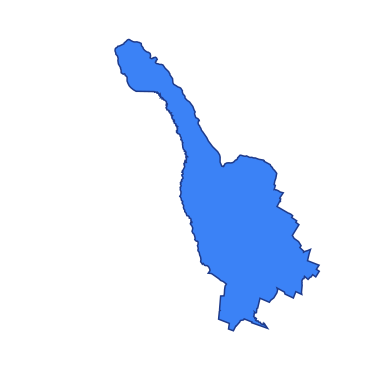 Paunesti, Vrancea, Romania (Robinson projection), rotated 39°
{"feature_id": "2599482B39426936483061", "entity_name": "Paunesti", "entity_type": "district", "adm_level": 2, "iso_a3": "ROU", "parent_name": "Romania", "parent_adm1": "Vrancea", "projection": "robinson", "projection_center": [27.063, 46.027], "detail": "fine", "context": "isolated", "style": "filled", "palette": "blue", "viewbox_px": 384, "rotation_deg": 39, "n_neighbors": 0, "source": "geoboundaries", "source_scale": "gbopen_adm2", "svg_char_len": 6097}
<svg xmlns="http://www.w3.org/2000/svg" viewBox="0 0 384 384"><g transform="rotate(39 192 192)"><path d="M340.8,173.5L337.3,173.8L336.8,168.9L325.0,172.7L321.9,166.3L320.2,162.0L318.9,164.5L317.2,167.0L316.6,168.6L315.9,167.7L310.8,167.3L310.6,165.1L306.0,163.5L300.6,163.8L297.3,162.6L295.7,150.1L291.7,150.2L291.5,148.5L285.5,149.1L285.2,147.1L283.2,147.0L281.1,147.4L280.1,147.8L267.2,149.8L266.1,144.5L266.5,144.3L266.5,143.4L265.9,143.4L265.3,141.6L264.2,141.8L264.0,141.3L263.4,135.2L260.6,136.5L258.3,136.7L256.2,137.3L255.8,137.7L254.7,137.9L254.3,138.4L252.6,134.4L251.2,134.6L249.5,131.5L248.5,128.6L246.1,124.2L242.8,123.3L239.9,123.0L239.1,122.4L236.9,122.2L235.5,121.5L228.7,122.8L228.4,122.2L227.5,122.2L223.4,124.5L219.8,125.7L218.4,126.8L216.6,127.4L216.1,128.0L214.8,128.9L211.7,129.6L210.9,130.7L209.8,131.4L206.7,132.7L206.1,133.4L206.1,135.5L205.9,136.5L206.4,137.6L206.4,138.8L205.7,139.9L205.6,142.1L205.1,143.6L203.8,145.1L202.4,146.0L200.8,147.5L199.9,149.4L200.3,151.3L200.0,152.0L200.5,152.3L200.4,152.5L198.9,153.2L195.0,151.1L191.9,147.2L190.1,145.8L186.5,144.5L179.4,143.8L173.9,142.4L172.6,142.1L169.3,140.5L162.2,138.4L160.6,138.1L158.7,136.9L157.1,136.4L156.0,135.7L154.7,135.6L153.3,134.6L152.3,132.6L152.8,132.0L152.5,131.7L150.4,131.3L148.1,131.8L145.2,130.0L144.3,129.0L144.1,127.8L142.3,127.1L138.8,125.0L133.5,123.6L130.4,123.8L127.5,123.4L126.3,122.1L125.1,121.7L123.8,121.7L121.5,120.4L120.9,119.4L118.0,118.4L116.9,118.5L114.6,119.3L113.5,119.3L110.0,119.8L108.4,119.1L105.5,116.1L101.3,114.9L100.1,113.9L99.0,113.7L98.2,113.2L93.2,112.7L89.5,111.6L87.9,112.1L86.4,113.3L85.2,113.6L83.8,114.4L82.7,114.5L82.1,114.4L81.8,114.0L81.8,112.6L81.4,112.4L81.6,110.9L80.2,110.2L78.9,110.2L77.3,112.1L77.5,112.8L76.5,113.9L75.0,114.1L74.3,112.5L73.7,111.8L72.2,110.7L70.0,110.9L69.8,111.2L68.3,111.6L66.1,111.7L63.9,111.3L63.1,110.6L60.7,110.1L59.0,108.5L56.5,109.1L56.1,109.5L54.8,109.9L53.0,111.5L51.7,112.2L49.2,112.8L47.5,112.9L46.6,113.5L46.1,114.6L46.0,116.4L45.6,118.2L45.5,118.9L45.8,119.8L43.7,124.2L42.6,125.5L42.8,126.5L42.2,128.1L42.3,129.2L43.4,130.8L45.2,131.9L46.2,132.9L48.4,133.2L50.5,134.6L51.7,136.5L54.2,138.8L58.3,140.4L58.7,141.0L60.1,141.8L61.9,143.9L64.4,143.7L65.1,142.7L65.6,142.6L66.9,143.5L68.0,143.3L69.4,143.7L71.7,146.6L73.9,147.9L76.4,149.0L78.8,149.4L82.2,149.4L85.2,148.9L99.5,137.7L100.1,138.0L100.5,137.3L101.5,137.0L102.0,136.4L102.6,137.2L103.3,136.8L103.3,136.4L105.2,136.6L105.1,137.4L105.4,137.5L106.0,137.1L105.8,136.1L106.8,136.9L106.9,137.8L108.0,137.6L108.2,138.5L108.6,138.0L109.7,138.1L109.9,137.4L110.2,137.6L110.4,138.4L111.3,137.7L112.0,138.2L112.4,137.9L113.7,137.8L115.2,137.9L116.4,139.2L117.0,138.9L117.6,139.2L117.6,140.0L117.1,139.9L117.0,140.5L117.5,141.0L118.1,140.6L118.8,141.7L118.7,142.6L118.8,142.9L120.4,143.4L120.7,143.9L121.4,143.5L123.5,143.3L124.0,143.7L123.8,144.1L124.6,144.1L125.2,144.5L126.1,143.7L126.2,144.6L127.7,145.2L128.4,144.9L128.1,145.7L129.4,146.0L129.4,146.7L130.4,147.4L132.0,147.5L132.1,147.8L132.7,148.1L132.6,147.4L133.0,147.3L133.8,148.0L133.4,148.7L134.2,148.9L134.8,149.6L136.5,149.3L136.6,149.6L137.2,149.8L137.4,150.3L138.0,150.2L138.4,150.7L139.3,150.1L139.8,150.1L139.9,150.5L139.4,151.0L140.8,152.2L141.1,152.1L141.4,153.2L142.1,153.6L141.6,154.1L142.0,154.3L142.1,155.1L142.8,155.3L143.5,155.1L143.9,155.6L145.8,155.0L147.0,155.2L147.4,155.9L149.6,156.7L150.4,158.4L151.7,158.1L153.0,159.4L154.0,159.5L154.0,160.2L154.8,161.2L155.8,162.0L156.6,163.0L157.5,163.4L157.9,164.0L159.4,164.2L159.9,164.5L160.4,165.2L160.9,165.1L161.1,164.5L161.7,164.6L162.8,165.4L162.4,166.4L162.7,166.8L164.0,166.8L164.9,168.1L165.9,167.3L166.4,167.4L165.6,168.5L165.7,169.2L166.7,169.5L167.5,170.6L167.4,171.0L167.8,171.5L166.8,171.7L167.0,172.5L168.4,172.3L169.0,172.6L168.5,173.1L167.6,173.2L167.9,174.0L167.8,174.9L168.7,175.2L168.7,175.9L169.9,176.4L170.5,177.2L171.3,180.8L171.1,181.3L172.0,181.9L172.0,182.2L171.6,182.5L171.7,182.9L172.1,182.7L173.4,183.2L173.7,183.6L173.7,184.2L173.3,185.2L174.4,185.9L175.4,186.1L176.4,187.0L176.2,189.0L176.5,189.6L177.3,189.9L177.2,191.1L177.0,191.4L177.2,192.2L178.0,192.4L178.1,193.2L179.6,193.9L180.0,195.1L179.8,195.8L180.8,196.5L181.0,197.1L181.8,197.9L183.1,198.5L184.3,200.0L185.3,202.1L185.1,202.9L185.2,203.1L185.7,203.0L187.6,203.8L188.7,204.9L189.4,205.2L190.6,205.1L191.1,205.8L191.2,206.8L193.8,207.7L194.3,208.1L195.1,209.5L196.6,210.4L197.7,210.6L198.7,211.8L201.0,212.2L201.3,212.6L202.9,213.6L204.2,212.9L205.4,213.0L206.3,214.0L207.5,213.4L208.7,214.1L209.3,215.1L210.7,215.3L211.2,215.9L211.0,216.2L210.2,216.3L210.7,217.8L213.4,218.5L215.2,219.5L216.2,221.1L216.7,222.5L218.5,223.4L220.0,223.5L221.8,224.6L223.6,226.0L224.1,227.3L226.3,227.5L227.2,226.8L228.2,227.1L229.6,228.7L230.0,230.3L231.1,230.9L232.7,232.3L232.8,232.9L233.6,233.9L235.6,234.4L237.7,236.2L239.5,237.1L241.5,238.9L242.6,240.8L243.8,241.0L245.5,241.6L245.7,240.5L247.8,241.0L248.6,240.8L249.9,239.8L250.7,239.6L252.4,239.8L254.4,240.8L255.5,241.9L255.7,244.9L258.3,243.2L259.8,243.0L267.3,242.5L270.0,242.7L272.6,241.9L276.7,241.9L276.9,244.2L278.7,247.3L281.1,250.6L282.2,252.6L279.7,254.8L287.4,266.0L287.8,266.3L288.4,266.3L288.2,267.3L292.7,274.1L303.7,270.6L306.6,275.5L311.5,273.8L310.4,268.6L310.7,268.5L310.9,263.0L310.5,261.4L312.6,258.9L312.4,257.8L320.4,255.3L320.7,256.0L336.5,250.4L333.5,249.5L332.7,249.6L332.2,249.0L331.6,248.9L332.1,249.3L331.8,249.7L331.0,250.0L330.3,249.7L330.5,250.2L330.3,250.4L329.3,250.8L328.2,250.9L327.1,250.3L325.6,251.1L324.3,250.6L323.7,251.4L322.5,251.7L322.0,251.6L322.1,251.0L321.7,249.8L320.2,249.9L320.1,250.5L319.4,250.0L318.2,249.9L317.7,248.5L316.9,247.5L316.6,246.3L316.2,246.0L317.4,246.1L318.0,245.2L315.7,241.7L316.1,240.9L311.7,231.8L321.5,229.0L321.3,226.7L322.2,222.8L321.4,216.9L320.1,214.1L318.5,213.1L326.8,211.6L328.5,212.8L337.5,210.6L335.4,204.1L341.8,202.5L340.3,201.2L336.3,195.2L335.1,194.0L334.3,192.8L333.3,192.0L332.8,189.8L333.5,188.8L332.5,186.8L337.2,186.9L337.4,184.0L338.0,183.2L337.8,180.3L341.6,180.1L340.8,173.5Z" fill="#3b82f6" stroke="#1e3a8a" stroke-width="1.5"/></g></svg>